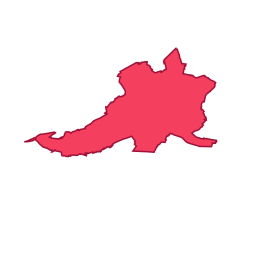 Tepeyahualco, Puebla, Mexico (Equal Earth projection), rotated 243°
{"feature_id": "50627088B49608937685636", "entity_name": "Tepeyahualco", "entity_type": "district", "adm_level": 2, "iso_a3": "MEX", "parent_name": "Mexico", "parent_adm1": "Puebla", "projection": "equal_earth", "projection_center": [-97.469, 19.519], "detail": "fine", "context": "isolated", "style": "filled", "palette": "rose", "viewbox_px": 256, "rotation_deg": 243, "n_neighbors": 0, "source": "geoboundaries", "source_scale": "gbopen_adm2", "svg_char_len": 5787}
<svg xmlns="http://www.w3.org/2000/svg" viewBox="0 0 256 256"><g transform="rotate(243 128 128)"><path d="M98.4,154.5L99.5,155.6L100.0,155.8L99.9,156.0L100.0,156.6L101.4,156.7L103.2,159.0L102.6,159.8L103.6,161.0L103.0,161.7L104.2,163.2L101.0,165.9L95.8,171.0L94.6,171.9L89.7,173.4L88.2,174.1L86.1,176.1L79.7,182.9L79.0,183.4L79.0,183.6L73.5,193.8L73.9,194.4L76.3,196.4L76.1,196.6L75.4,197.5L74.8,198.7L75.5,198.9L75.2,199.8L76.0,200.0L75.8,200.7L76.6,200.9L76.5,201.1L76.8,201.2L80.0,196.7L81.2,195.4L81.9,194.2L83.0,193.1L83.4,192.0L84.6,191.0L83.9,190.4L85.2,188.6L85.3,188.4L87.3,186.5L88.6,184.9L89.7,184.3L94.4,182.5L94.6,183.0L94.6,183.6L94.8,184.4L94.7,185.6L94.9,186.3L94.7,187.4L94.4,188.7L94.4,190.3L94.6,191.2L95.5,193.3L95.4,194.8L96.3,195.5L96.4,196.4L98.1,196.0L98.3,196.3L98.2,196.9L98.3,197.6L98.4,198.0L98.6,198.3L98.7,198.9L98.9,198.9L99.2,199.2L99.2,199.8L99.5,199.7L99.8,200.2L99.6,200.9L99.4,201.3L100.5,201.6L100.5,201.4L100.9,200.7L101.0,201.3L101.5,201.3L101.3,202.0L102.7,202.2L103.4,201.6L105.9,202.1L106.5,201.8L107.4,202.1L108.0,202.7L108.3,203.3L109.4,202.9L110.1,203.3L109.8,203.0L110.4,202.2L110.8,202.6L111.3,202.4L111.7,201.7L111.9,201.6L112.7,202.1L112.8,202.4L113.0,202.4L113.1,202.7L113.6,202.9L113.5,203.1L113.8,203.4L114.2,203.4L115.9,204.2L117.2,205.9L117.3,206.3L117.2,206.3L117.0,206.8L117.1,207.4L116.9,207.5L117.1,207.7L117.0,208.0L117.6,208.0L118.0,208.9L118.4,209.3L119.5,209.7L120.0,210.5L121.6,211.8L122.4,213.1L122.7,213.9L122.8,215.2L123.3,216.2L123.3,217.4L123.2,217.8L123.4,217.8L123.9,219.2L124.1,220.2L125.1,223.4L125.8,224.0L125.9,224.5L128.0,225.5L127.9,225.9L128.6,226.7L130.7,225.6L132.8,223.8L135.3,222.3L134.7,222.9L136.5,222.1L136.6,221.7L138.6,220.3L139.1,220.4L139.3,220.0L139.6,220.0L139.5,219.8L140.5,219.1L141.6,211.8L141.8,211.2L143.7,210.1L145.2,209.7L145.5,209.3L145.1,209.4L145.1,209.2L146.1,208.9L146.4,208.2L146.4,207.4L146.9,207.6L147.0,207.2L149.0,204.7L151.5,201.7L151.6,201.8L152.1,201.2L151.8,202.0L155.4,204.9L155.1,205.4L155.8,205.4L156.6,206.0L157.1,207.4L157.8,206.8L158.1,208.0L158.4,208.5L158.6,208.7L160.7,205.6L160.7,205.2L164.9,205.8L165.4,206.0L166.6,205.9L167.9,206.0L168.4,206.6L175.8,207.6L176.3,206.7L177.2,206.8L172.4,191.3L171.7,191.1L171.4,190.0L169.1,189.5L169.4,190.4L163.2,189.0L163.3,188.2L162.9,188.1L162.8,187.6L163.2,187.0L163.2,186.6L162.8,185.1L162.8,184.2L162.5,183.0L161.9,182.5L163.9,183.2L164.9,177.1L168.4,175.2L169.0,176.3L170.8,175.3L172.4,175.8L173.1,175.3L173.6,175.5L174.1,175.4L175.6,173.8L176.3,173.8L176.8,174.1L178.3,175.2L178.5,174.8L178.5,174.2L179.3,173.3L179.4,172.5L180.3,170.0L180.0,169.8L180.2,169.2L179.9,169.0L179.3,169.4L179.7,168.8L179.9,168.9L180.3,167.9L179.7,167.5L179.6,167.1L179.9,166.5L181.2,166.2L181.5,166.9L182.5,165.0L181.9,146.6L180.4,146.6L180.2,144.0L178.9,142.1L176.8,144.5L175.1,142.4L172.8,141.0L171.2,141.5L169.0,141.9L162.9,142.4L162.3,142.3L161.2,141.9L160.6,141.6L159.8,140.8L159.0,140.5L159.1,138.3L158.5,137.8L159.2,136.5L159.1,135.6L159.7,134.5L160.2,134.8L160.5,134.4L160.0,131.7L159.6,131.4L159.9,130.8L159.8,130.1L160.0,129.8L158.7,128.8L157.8,126.3L158.4,125.5L158.0,125.0L158.6,124.3L155.9,118.6L157.0,118.0L156.9,117.8L156.6,117.6L152.4,116.4L151.5,115.7L152.1,114.8L151.7,114.1L151.5,114.5L150.7,114.4L150.0,115.4L149.5,107.1L149.6,105.8L149.8,104.9L149.9,100.4L149.3,98.8L148.4,96.5L148.7,96.3L148.6,94.2L148.6,92.6L148.5,92.2L148.5,91.1L148.3,90.7L148.0,90.6L147.9,90.0L147.3,90.2L146.9,89.9L146.9,89.6L146.9,88.9L147.4,88.1L147.9,86.2L148.3,85.1L147.9,83.7L148.1,83.3L148.6,83.6L148.9,83.4L149.0,83.0L148.8,82.6L149.4,82.6L149.4,80.4L149.1,79.3L149.8,77.5L149.4,74.8L149.8,74.9L149.9,74.6L151.1,73.9L151.6,73.1L152.2,72.2L152.5,71.4L152.6,70.5L152.7,70.3L150.4,67.9L150.0,67.6L149.7,66.5L149.8,66.1L149.6,65.7L149.0,65.4L149.1,63.6L149.9,64.3L150.0,63.9L149.8,63.5L149.6,63.5L149.7,63.0L149.9,63.2L149.7,61.7L150.1,61.2L149.8,60.8L151.0,59.5L152.5,56.9L152.9,56.7L153.4,55.5L153.9,55.3L154.1,55.0L154.9,54.5L155.5,53.9L155.5,53.7L155.7,53.8L155.3,54.8L155.3,55.0L156.2,56.6L156.2,57.1L156.5,57.7L156.3,59.0L156.5,60.1L156.6,61.9L156.8,60.3L157.2,60.2L157.8,60.4L160.5,51.5L160.6,50.4L160.9,50.2L162.2,47.0L162.2,45.2L162.0,43.5L161.5,42.3L161.8,40.4L162.1,32.4L162.8,29.3L161.7,31.6L160.6,34.6L159.9,37.7L160.0,40.8L159.3,40.5L158.5,40.5L157.9,41.0L156.4,41.4L153.5,42.1L152.4,42.7L151.5,42.8L151.1,43.2L150.6,43.4L150.2,43.4L149.4,43.8L149.0,44.5L147.7,45.5L147.2,46.1L147.2,46.6L146.8,46.6L143.5,48.7L143.6,49.2L142.8,50.2L142.4,50.3L142.0,50.2L141.3,49.1L141.0,50.0L141.4,51.4L141.1,51.9L141.6,52.3L141.4,53.0L140.9,52.6L137.2,57.2L136.7,57.5L136.0,57.5L134.7,56.9L133.8,56.9L133.4,56.6L133.2,56.6L132.0,59.0L130.8,59.8L130.3,61.1L129.6,61.6L129.8,62.2L130.2,62.4L130.1,62.7L130.0,62.8L129.9,63.8L129.1,63.7L129.0,64.3L129.6,64.7L129.2,66.0L128.9,66.7L128.5,66.9L128.3,67.4L127.8,68.9L127.2,69.3L126.7,70.0L126.6,70.8L126.7,71.4L126.9,71.6L126.8,72.3L126.9,72.7L126.2,73.8L126.4,74.2L122.6,77.9L122.5,78.0L123.0,78.1L122.8,78.5L123.5,78.5L123.8,77.8L124.0,78.1L124.4,78.0L124.6,77.9L125.1,78.6L124.6,79.2L124.4,80.2L123.6,80.0L122.6,85.7L121.5,85.3L121.0,88.5L120.8,89.1L121.3,89.2L120.9,89.9L120.2,90.9L120.2,92.3L119.3,92.4L119.4,93.4L120.3,93.4L120.4,95.5L120.2,95.5L120.1,96.5L120.7,96.6L121.0,97.5L120.2,97.6L120.2,99.4L120.6,100.2L120.1,101.4L120.3,101.6L120.1,101.7L120.1,102.7L118.8,102.8L118.8,104.7L119.8,104.8L119.7,105.8L119.4,105.8L119.5,106.1L119.4,106.4L119.7,106.8L120.6,106.8L120.7,108.3L120.9,108.4L120.8,109.5L120.4,117.7L119.2,125.2L119.1,127.4L113.2,128.5L112.9,127.7L111.2,127.5L110.8,126.4L108.0,127.1L105.2,121.9L97.9,134.8L94.6,140.2L98.4,145.4L98.2,145.9L99.4,146.9L99.1,147.5L99.2,148.9L100.1,150.7L100.2,151.6L98.6,154.0L98.4,154.5Z" fill="#f43f5e" stroke="#9f1239" stroke-width="1.5"/></g></svg>